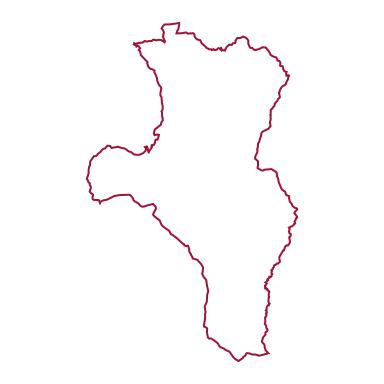 the district of Junín, Cundinamarca, Colombia
{"feature_id": "7082276B29638649258837", "entity_name": "Junín", "entity_type": "district", "adm_level": 2, "iso_a3": "COL", "parent_name": "Colombia", "parent_adm1": "Cundinamarca", "projection": "mercator", "projection_center": [-73.696, 4.691], "detail": "fine", "context": "isolated", "style": "outline", "palette": "rose", "viewbox_px": 384, "rotation_deg": 0, "n_neighbors": 0, "source": "geoboundaries", "source_scale": "gbopen_adm2", "svg_char_len": 5937}
<svg xmlns="http://www.w3.org/2000/svg" viewBox="0 0 384 384"><path d="M289.0,75.6L288.2,75.2L286.9,75.8L286.4,75.7L286.1,73.3L286.6,71.9L284.4,71.2L283.3,69.3L283.0,67.2L282.6,66.3L280.8,66.1L280.1,65.7L280.4,62.9L279.7,61.4L279.1,60.8L277.5,60.7L277.2,59.0L276.2,57.4L272.9,56.4L270.4,54.7L270.3,53.8L268.8,51.3L265.9,47.7L265.5,47.4L263.9,47.5L262.5,47.2L261.1,48.1L258.5,49.2L257.3,49.4L255.8,50.1L254.5,50.0L252.2,48.0L250.3,47.8L249.6,46.9L248.3,43.7L248.3,40.5L246.6,38.2L245.0,37.3L243.1,36.6L240.1,38.1L237.3,38.0L235.4,40.7L235.6,42.3L235.1,43.0L232.7,43.4L231.7,45.0L229.8,44.6L229.0,44.8L226.5,47.1L225.5,49.4L225.4,49.1L224.5,50.3L224.3,50.1L222.8,50.4L221.5,49.1L221.2,47.9L220.2,48.4L220.4,49.3L219.7,48.6L218.3,48.1L216.5,49.9L214.7,50.2L213.4,49.1L212.8,49.7L211.8,50.1L211.4,49.4L208.6,49.2L208.1,48.5L206.5,48.0L205.9,47.0L201.5,43.1L200.3,40.2L197.3,39.5L196.0,38.5L194.7,36.7L194.3,34.0L192.9,33.1L191.7,33.5L190.2,33.3L188.0,33.7L186.0,32.4L181.9,33.2L176.5,33.4L177.2,31.0L178.3,29.4L179.2,24.6L179.2,23.0L170.7,24.3L164.5,24.5L162.8,26.3L161.6,28.6L163.2,30.4L163.9,32.5L163.8,33.5L163.2,34.4L163.4,35.6L162.9,36.8L165.0,41.5L164.6,42.3L161.2,40.0L158.3,39.8L156.4,40.3L153.2,39.6L151.6,41.1L149.2,41.0L147.0,41.6L144.5,41.0L143.5,42.1L142.0,42.7L138.3,42.9L135.9,43.9L134.2,43.2L133.8,44.4L136.4,45.8L136.5,46.5L137.7,45.6L138.5,46.0L140.1,48.2L138.7,50.0L139.9,51.1L140.3,52.0L140.8,55.1L147.5,62.1L147.2,63.2L148.4,66.9L150.2,68.7L152.1,69.2L154.5,70.5L154.3,72.3L155.8,75.1L156.8,77.7L157.5,81.6L159.1,85.2L160.5,86.6L161.3,88.3L160.4,93.2L160.4,95.4L161.5,97.1L161.9,102.6L162.7,106.1L162.6,109.5L161.5,111.4L161.9,112.0L162.2,117.1L162.7,117.8L162.5,118.3L162.9,120.4L161.3,122.4L160.9,124.7L154.7,129.6L153.9,133.3L154.2,134.5L154.7,135.2L156.9,134.5L158.9,134.9L158.0,138.8L157.4,139.7L156.3,139.5L155.5,139.9L154.7,143.5L154.0,144.6L153.4,145.1L152.4,144.8L151.8,145.0L151.5,146.5L151.9,146.5L151.8,147.5L149.5,150.5L148.7,152.3L148.3,151.9L147.4,147.5L146.7,146.4L144.9,147.1L145.9,148.2L146.1,149.2L145.4,150.9L143.4,153.0L140.1,154.5L138.1,154.9L134.1,154.5L131.1,152.1L128.5,151.3L126.5,149.6L124.6,148.5L121.6,148.0L117.8,146.7L111.6,148.0L110.1,146.0L107.4,145.7L105.1,148.4L103.1,149.0L101.9,150.0L100.6,151.8L97.9,153.9L96.5,155.7L95.8,156.1L93.9,156.2L90.5,161.0L90.2,161.8L90.0,164.9L89.7,166.0L89.1,166.7L88.6,169.9L88.6,173.4L86.8,179.0L88.0,180.6L88.4,182.1L89.8,183.3L89.7,184.9L90.5,186.0L90.9,187.9L89.7,191.3L90.6,193.0L92.7,194.3L93.1,194.9L92.4,198.0L92.6,198.8L93.4,199.8L98.8,200.1L100.0,203.1L100.6,201.7L101.8,201.0L103.5,200.3L105.8,200.0L107.6,199.4L114.3,196.0L119.5,195.1L129.1,194.7L130.4,195.2L131.4,196.2L132.6,197.7L133.5,200.1L134.4,201.1L138.5,203.5L140.3,205.7L141.4,206.4L142.8,206.7L144.3,206.5L146.3,205.7L153.0,203.9L155.5,206.7L155.9,207.5L155.9,208.9L153.7,212.9L153.1,214.4L153.2,215.0L155.8,217.5L159.7,220.4L161.6,225.0L163.6,226.9L169.3,230.9L170.8,234.1L172.7,235.1L176.4,237.8L182.5,243.4L184.0,244.2L184.4,245.4L186.1,246.1L187.4,245.6L188.0,245.8L189.1,248.6L189.3,251.7L190.8,254.1L191.4,255.6L192.2,256.7L192.8,258.5L197.6,259.9L198.9,261.7L200.9,263.7L203.1,267.6L202.5,272.6L202.1,273.7L204.0,277.6L205.4,278.8L206.3,280.2L206.8,284.8L208.3,291.1L207.2,294.8L206.8,301.8L204.7,306.7L205.5,311.6L205.4,313.1L204.9,314.8L205.2,316.6L204.9,319.5L203.9,325.6L204.0,326.4L204.3,326.8L206.2,327.5L207.2,328.5L206.9,332.3L207.9,337.4L209.1,338.6L211.0,338.5L211.8,338.8L215.8,341.7L217.9,343.5L219.3,346.1L220.5,347.1L224.3,348.8L225.5,349.9L229.5,351.7L233.4,357.3L235.3,359.1L238.5,361.0L242.6,358.3L243.4,356.7L245.2,355.7L246.4,353.4L247.0,353.1L250.2,353.6L252.0,354.5L255.3,354.5L257.4,355.0L258.4,355.6L260.1,355.5L268.4,353.3L265.7,350.3L264.7,347.3L264.6,345.6L264.1,344.2L262.7,342.9L261.9,341.4L263.2,337.2L265.5,334.7L265.3,332.9L266.0,331.9L267.0,331.4L267.5,330.3L267.4,329.4L266.3,327.9L266.1,325.6L264.8,324.0L265.3,321.8L265.1,317.5L266.2,316.4L266.5,314.5L265.9,313.8L265.9,313.3L266.8,312.7L266.7,311.4L265.8,310.4L266.6,309.8L266.6,307.6L267.6,305.6L268.2,305.1L268.9,305.2L269.0,304.1L269.6,303.7L269.0,302.9L268.4,301.3L268.7,297.5L269.2,297.0L268.7,296.2L268.9,293.1L269.4,292.0L268.6,290.8L267.8,290.7L267.3,290.1L267.5,289.4L267.1,288.9L266.4,288.3L266.0,288.7L265.2,288.4L265.5,287.6L265.0,287.2L265.0,285.5L265.8,285.1L266.7,283.5L266.5,283.0L265.5,282.4L266.7,281.7L267.0,280.9L267.9,280.2L267.3,279.6L267.5,279.2L268.4,278.6L268.6,278.1L269.5,277.8L269.4,276.8L271.0,276.8L271.5,276.4L271.5,275.1L272.3,274.2L271.4,272.9L272.0,271.0L271.4,270.3L272.8,268.9L272.8,268.2L273.7,267.4L274.1,265.4L275.9,264.7L276.6,263.7L277.8,263.7L279.7,262.0L280.0,261.1L279.5,259.9L279.3,257.0L283.1,250.5L283.8,250.4L285.4,246.3L286.7,245.3L287.2,245.6L288.1,245.4L289.8,242.8L289.9,240.8L289.2,237.6L289.3,237.1L290.3,236.5L290.9,234.6L290.5,233.8L289.6,233.4L289.1,232.4L289.1,230.9L289.6,229.1L288.9,227.6L289.8,227.4L291.0,226.5L292.0,226.3L293.6,225.1L294.1,224.0L295.2,223.5L294.5,221.5L295.7,219.6L296.2,218.1L297.1,217.5L296.9,216.4L294.3,213.0L295.1,211.6L297.2,209.5L297.2,208.9L296.4,208.2L294.4,207.6L292.4,205.8L291.8,204.1L289.9,201.7L289.1,198.5L289.2,196.2L286.9,195.3L285.9,194.6L285.2,191.7L282.0,189.6L280.9,187.6L278.6,181.8L278.2,178.8L276.9,175.9L276.9,173.5L276.5,172.3L271.5,169.1L264.4,169.7L263.2,170.5L262.3,170.6L260.9,170.1L257.6,168.1L257.5,167.8L258.0,166.2L258.0,161.5L257.4,160.6L255.1,158.7L255.2,156.7L257.4,151.8L257.5,150.6L257.1,149.5L257.9,146.8L258.0,143.6L259.1,142.1L260.1,138.4L261.0,136.1L261.4,133.1L262.4,131.8L268.5,128.7L270.6,126.0L269.9,122.4L270.8,118.9L270.5,117.7L270.7,115.4L270.3,114.9L270.7,114.2L270.7,110.8L270.9,109.7L272.3,108.6L272.9,107.4L274.5,105.8L274.7,103.8L277.1,101.1L278.3,98.8L279.7,97.6L279.8,96.5L278.9,92.8L279.6,91.8L279.9,90.3L280.6,88.7L282.3,86.3L284.5,85.3L285.9,84.2L286.6,81.5L287.9,79.5L288.5,76.4L289.0,75.6Z" fill="none" stroke="#9f1239" stroke-width="2"/></svg>